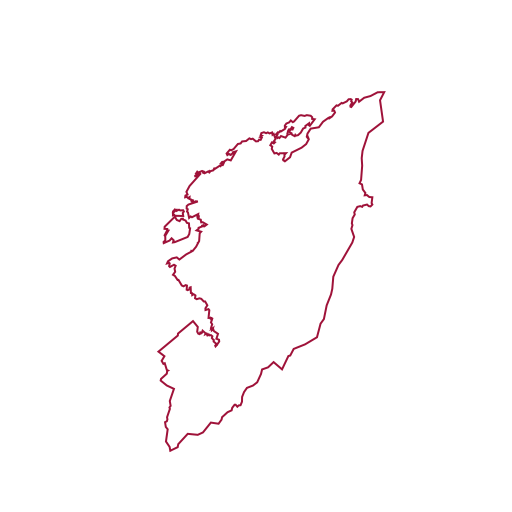 outline of Sandnes nor, Rogaland, Norway, rotated 306°
{"feature_id": "86288312B92458440996482", "entity_name": "Sandnes nor", "entity_type": "district", "adm_level": 2, "iso_a3": "NOR", "parent_name": "Norway", "parent_adm1": "Rogaland", "projection": "equal_earth", "projection_center": [5.858, 58.872], "detail": "fine", "context": "isolated", "style": "outline", "palette": "rose", "viewbox_px": 512, "rotation_deg": 306, "n_neighbors": 0, "source": "geoboundaries", "source_scale": "gbopen_adm2", "svg_char_len": 6134}
<svg xmlns="http://www.w3.org/2000/svg" viewBox="0 0 512 512"><g transform="rotate(306 256 256)"><path d="M463.9,263.4L460.0,258.2L452.7,254.6L447.6,250.5L441.4,248.7L442.9,246.4L441.9,244.8L439.6,245.8L432.5,245.5L432.3,244.7L433.2,243.9L436.9,243.6L437.1,242.1L438.7,241.5L438.6,240.4L437.2,238.8L434.5,238.6L430.4,236.4L430.2,235.3L425.7,234.0L425.2,232.6L419.7,231.8L418.4,232.5L419.6,233.8L418.5,235.6L413.6,235.5L410.8,234.5L411.4,234.0L410.3,233.4L404.0,231.3L397.1,231.2L391.2,225.4L385.3,225.7L382.3,227.0L382.0,228.0L382.8,228.0L381.5,230.1L376.0,230.8L370.4,229.2L360.6,224.1L355.9,225.5L348.8,223.5L349.6,223.4L349.8,223.1L349.7,221.8L350.6,221.8L349.7,221.7L350.0,221.1L353.3,220.6L354.6,219.5L356.8,219.8L353.0,214.8L351.4,214.8L351.5,212.1L349.8,210.6L351.9,205.8L354.1,204.8L354.0,202.5L357.2,202.1L357.5,204.2L359.1,204.5L358.9,203.0L362.2,203.0L365.2,198.5L363.8,198.1L365.4,196.4L363.1,194.9L362.9,192.9L361.3,192.0L360.8,189.7L358.6,188.1L356.4,188.8L356.8,190.1L354.7,189.5L355.1,191.1L352.7,191.5L352.0,190.1L350.1,190.2L348.7,188.6L349.0,184.4L347.6,183.3L347.3,181.5L343.2,180.4L340.5,177.4L338.0,177.4L336.0,175.5L329.3,175.0L326.9,173.7L326.6,172.4L321.6,172.0L320.8,173.5L322.7,174.1L322.8,175.8L322.1,176.4L323.4,176.0L325.4,177.0L326.3,176.3L328.9,178.3L318.5,179.4L317.3,176.0L313.4,174.6L312.2,173.3L310.6,173.2L312.1,175.3L310.0,175.7L309.2,174.5L307.9,174.5L308.0,173.7L301.9,171.4L302.7,171.2L302.3,170.7L300.2,171.1L297.8,169.2L296.6,169.2L297.0,168.4L296.2,168.4L296.3,167.6L292.6,165.7L292.3,164.2L293.6,164.2L293.1,162.4L289.6,160.2L289.7,158.9L287.6,159.0L288.5,161.2L290.6,162.7L288.3,161.8L286.7,160.1L284.2,159.5L287.6,162.5L273.6,161.1L267.0,162.0L265.5,164.5L263.4,163.4L261.9,164.2L263.2,165.3L262.9,166.9L264.6,167.6L263.0,168.6L263.5,170.1L262.8,171.1L263.6,171.1L264.0,172.3L261.8,173.3L264.8,175.0L265.9,176.9L257.9,171.1L255.7,170.6L253.6,172.0L253.7,173.3L251.4,174.1L251.2,175.4L247.5,179.5L249.6,179.9L249.7,181.4L256.0,184.6L254.8,185.3L254.7,186.3L254.0,186.7L253.9,185.5L253.2,185.5L252.0,187.0L252.9,190.0L251.0,191.9L252.0,193.0L252.5,197.7L249.6,196.8L248.9,195.6L249.8,195.2L248.8,194.5L248.0,194.9L245.1,193.0L244.4,193.6L241.8,192.9L243.4,197.3L241.3,197.1L234.7,201.2L232.5,201.5L233.0,200.5L232.3,201.5L228.3,202.1L222.9,201.8L222.2,200.7L221.6,201.2L216.3,198.6L208.1,196.1L208.3,192.7L204.8,189.6L200.0,187.9L197.7,188.4L199.4,189.7L199.3,190.5L196.7,191.7L196.5,192.8L200.7,194.8L200.9,196.7L197.9,197.5L195.7,199.9L192.0,199.9L192.2,202.1L190.5,206.7L191.1,207.3L188.5,213.3L188.9,215.2L191.1,216.2L191.5,217.5L188.0,219.7L188.2,220.8L189.8,221.7L191.4,220.9L192.3,221.5L187.8,225.1L188.3,226.2L186.9,227.4L189.1,228.3L188.5,228.3L188.5,230.2L186.0,231.5L186.2,233.4L188.5,235.1L189.2,236.9L188.5,240.5L189.3,241.6L187.5,245.6L184.0,245.8L182.6,246.9L185.1,248.8L184.7,250.1L178.0,254.0L179.3,255.9L178.6,256.1L178.1,256.8L179.5,256.0L179.7,257.4L178.3,257.9L178.1,257.1L177.9,258.0L175.8,258.6L175.0,260.7L171.0,262.0L170.7,262.6L172.2,262.0L171.4,263.0L172.2,263.0L170.6,263.0L171.2,263.5L170.7,263.8L171.5,263.6L172.0,263.7L170.6,264.2L171.6,264.5L170.8,265.6L170.0,265.5L170.5,265.7L170.7,271.0L165.8,272.6L166.5,275.3L165.2,276.5L161.1,276.6L160.5,277.3L160.9,276.6L159.1,276.4L159.5,275.7L161.6,275.8L161.9,272.0L163.9,270.9L163.1,271.0L163.7,268.5L165.4,267.9L165.5,266.0L164.6,265.3L164.8,264.2L163.7,263.8L164.2,263.1L163.4,262.9L164.2,261.6L163.0,261.0L163.8,260.8L164.2,256.7L162.2,257.4L161.1,256.9L161.9,256.6L161.0,255.1L161.6,256.5L161.0,256.9L159.8,255.5L160.6,255.2L159.4,255.5L159.3,254.8L160.2,252.9L164.4,250.6L166.3,243.3L147.4,238.5L145.7,239.5L121.3,233.3L121.1,240.8L115.7,241.3L114.3,244.5L115.6,245.2L111.4,250.8L111.6,252.1L110.8,251.7L108.4,253.0L100.8,251.4L99.2,252.1L98.8,259.9L100.3,267.7L88.0,271.5L84.6,275.0L82.6,275.0L81.7,276.2L73.3,278.8L71.7,280.4L69.9,281.0L68.1,280.1L64.7,283.5L63.9,286.4L53.0,292.2L50.8,298.3L48.1,301.1L55.3,305.0L58.1,303.7L72.0,305.3L77.1,314.0L82.1,316.8L94.7,317.4L98.3,324.3L103.4,324.3L105.7,323.3L112.9,324.8L116.8,327.0L119.2,326.0L123.1,326.1L123.7,326.9L123.1,329.5L124.9,329.8L126.2,331.2L129.9,330.3L133.8,327.6L138.9,326.3L144.0,326.2L149.4,329.7L154.5,331.2L163.5,329.4L167.8,327.6L173.0,331.2L180.5,332.6L179.6,343.7L194.1,341.0L195.6,342.2L203.0,341.1L213.3,347.6L226.1,353.1L239.2,348.0L244.9,348.0L257.6,342.2L269.0,339.3L274.3,337.0L284.7,330.7L297.3,328.0L303.4,328.1L323.5,326.0L329.1,324.2L334.0,317.2L337.7,315.9L338.7,314.4L343.4,311.9L347.6,311.5L349.1,309.8L355.3,309.1L357.6,311.0L358.2,313.0L359.7,312.9L362.9,315.6L362.6,317.9L363.4,319.5L366.0,319.9L366.8,318.4L371.9,315.6L370.3,313.0L370.5,309.9L369.0,308.3L371.3,307.4L372.6,303.3L376.2,299.7L375.7,297.0L379.3,296.3L391.5,288.8L397.3,284.0L403.7,280.4L421.7,274.6L439.4,279.8L454.9,264.8L463.9,263.4ZM245.7,163.0L243.3,162.7L242.7,163.0L243.6,163.8L242.1,163.5L240.1,164.9L241.3,165.7L240.5,167.3L226.0,164.9L224.2,166.0L225.7,168.4L224.6,169.4L225.1,170.2L221.4,170.5L222.3,169.4L219.0,169.9L218.5,171.1L215.4,173.4L213.0,173.0L212.2,173.8L217.7,177.0L220.7,177.3L220.3,180.2L218.2,180.9L219.4,182.1L231.2,189.5L234.5,189.1L239.7,186.4L239.5,185.4L243.0,182.6L242.2,180.6L243.3,178.2L242.6,175.5L243.2,174.9L242.1,173.7L239.3,173.7L238.6,170.8L239.5,168.4L241.1,167.1L245.6,173.6L247.7,171.5L249.6,171.5L250.2,170.2L248.3,167.9L248.2,166.5L246.0,165.3L246.7,164.6L245.3,163.6L245.7,163.0ZM369.0,201.8L368.9,201.0L366.4,200.7L366.7,202.0L364.6,202.2L364.1,204.0L365.1,204.3L365.2,205.6L367.7,205.7L369.1,210.3L373.3,210.4L373.3,209.5L376.4,208.3L378.0,208.3L378.4,209.5L381.4,209.3L381.6,210.9L379.9,211.2L379.8,210.4L376.7,209.3L376.0,210.1L376.1,212.2L375.2,212.1L376.0,212.7L375.3,214.0L375.7,216.8L377.0,216.6L376.7,217.4L378.5,219.0L382.2,219.7L386.8,219.2L389.0,220.5L390.2,219.5L394.5,220.9L392.9,222.0L392.9,223.0L401.1,223.1L399.9,220.8L401.3,219.9L401.6,217.8L399.8,214.3L397.9,213.0L396.4,209.7L394.8,208.4L387.2,207.7L385.9,207.1L386.1,204.5L383.6,204.3L381.0,202.7L378.4,202.7L377.3,203.6L377.9,204.4L375.8,204.7L371.3,202.9L371.3,202.1L369.0,201.8Z" fill="none" stroke="#9f1239" stroke-width="2"/></g></svg>